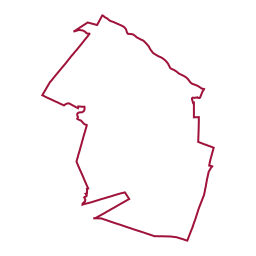 outline of Galbinasi, Buzau, Romania
{"feature_id": "2599482B63916266325360", "entity_name": "Galbinasi", "entity_type": "district", "adm_level": 2, "iso_a3": "ROU", "parent_name": "Romania", "parent_adm1": "Buzau", "projection": "equal_earth", "projection_center": [26.944, 45.056], "detail": "fine", "context": "isolated", "style": "outline", "palette": "rose", "viewbox_px": 256, "rotation_deg": 0, "n_neighbors": 0, "source": "geoboundaries", "source_scale": "gbopen_adm2", "svg_char_len": 4778}
<svg xmlns="http://www.w3.org/2000/svg" viewBox="0 0 256 256"><path d="M203.9,195.5L203.9,195.4L204.0,195.1L204.1,194.7L204.3,193.5L204.4,193.2L204.6,192.2L204.8,191.1L204.9,190.8L205.0,190.4L205.1,189.8L205.1,189.6L205.1,189.4L205.2,189.2L205.2,188.8L205.4,188.2L205.9,185.8L206.1,184.1L206.2,183.9L206.5,182.1L206.6,181.8L206.9,179.7L207.2,178.4L207.5,177.3L207.7,176.3L208.0,175.0L208.0,174.7L208.3,173.6L208.6,172.0L211.2,167.4L211.7,166.9L212.3,166.5L212.3,166.3L209.2,165.6L209.7,162.9L210.5,159.3L213.7,147.7L213.4,147.6L210.0,146.3L207.2,145.3L203.9,144.1L198.2,141.9L198.5,133.6L198.7,126.9L198.8,122.2L198.8,117.1L197.8,117.2L193.9,117.3L193.9,102.7L193.1,103.0L192.0,99.2L192.0,98.3L192.6,97.7L193.3,97.7L194.0,97.9L194.6,97.9L195.5,97.6L196.1,97.7L197.3,97.3L197.7,97.7L198.0,97.9L198.7,97.8L199.6,98.0L200.2,97.2L201.0,95.3L201.5,94.0L202.0,92.8L202.2,92.2L202.7,91.3L203.1,90.7L203.5,90.1L203.9,89.3L204.0,89.0L201.8,88.6L199.8,87.2L197.6,85.8L193.4,84.2L192.3,83.9L190.4,82.4L188.1,79.3L187.3,78.5L185.6,77.0L183.9,76.0L178.8,73.5L176.7,71.7L173.9,69.9L171.7,69.0L170.3,68.1L169.7,67.0L168.0,63.6L166.4,61.6L164.7,59.9L162.3,58.1L160.9,57.3L158.3,56.2L154.6,54.0L152.8,52.7L150.3,49.3L148.7,46.3L146.6,43.9L143.9,41.1L142.6,40.2L141.0,39.6L138.6,38.3L137.0,37.5L134.1,35.1L132.7,34.3L131.4,34.1L128.7,33.9L127.7,33.7L126.8,32.0L126.2,29.9L125.8,29.0L124.2,27.1L122.2,25.9L119.8,24.8L115.9,23.1L113.2,21.9L110.0,20.8L108.7,19.8L107.3,18.5L104.8,17.2L103.5,16.0L102.3,15.4L97.1,25.0L87.7,22.5L73.5,31.7L74.9,31.2L75.3,31.1L75.8,30.9L76.2,30.8L78.2,30.2L79.6,30.0L80.3,30.1L80.8,30.2L81.5,30.3L82.2,30.4L83.0,30.6L83.4,30.7L83.6,30.8L83.9,31.0L84.1,31.2L84.2,31.3L84.8,31.6L85.2,31.8L85.4,31.9L85.6,32.1L85.9,32.6L86.1,32.9L86.3,33.0L86.7,33.2L87.1,33.4L87.4,33.5L87.7,33.5L88.1,33.6L88.3,33.7L88.6,33.8L88.8,33.7L89.3,33.5L89.7,33.4L90.0,33.1L87.3,36.7L86.2,38.1L84.9,39.6L83.6,41.3L83.3,41.7L82.8,42.3L82.5,42.7L79.3,46.7L77.8,48.5L76.9,49.6L76.4,50.2L74.7,52.1L73.4,53.8L72.0,55.4L71.7,55.6L69.6,58.3L68.5,59.7L67.4,61.1L66.4,62.4L65.1,64.0L62.8,66.7L58.3,72.1L56.1,74.8L55.8,75.1L52.4,79.3L50.7,81.5L50.1,81.9L49.0,83.8L48.0,85.5L42.3,95.2L44.5,96.3L45.7,97.0L47.3,97.7L49.7,98.8L50.4,99.1L50.6,99.2L53.2,100.4L54.6,101.1L56.2,101.8L57.4,102.3L60.0,103.6L64.0,105.4L65.3,104.4L65.9,104.0L67.5,103.5L67.9,103.4L68.2,103.4L68.6,103.3L69.2,103.5L69.5,103.6L70.6,104.2L76.8,107.6L77.0,107.6L78.0,108.1L78.3,106.4L83.0,106.8L84.4,106.7L84.6,107.9L84.5,109.2L84.2,110.4L83.9,111.0L83.5,111.4L82.8,111.8L81.9,112.3L79.6,112.4L79.0,112.5L78.7,112.6L77.8,113.1L77.5,113.5L77.4,113.7L77.2,114.1L77.2,114.6L77.4,115.7L77.8,116.8L78.0,117.2L77.2,118.8L78.0,119.3L79.2,119.9L80.7,120.4L82.1,121.7L83.2,123.0L83.8,123.7L85.3,124.6L86.7,124.9L86.8,125.1L86.6,126.1L85.5,129.7L85.1,131.4L84.3,133.7L84.3,133.9L83.3,137.3L82.1,141.7L81.3,144.7L80.9,145.9L80.2,148.6L79.4,151.4L78.7,153.6L77.9,156.5L77.8,157.1L77.7,157.5L77.5,157.8L77.4,158.4L77.3,158.6L76.5,161.5L77.4,163.8L77.5,164.2L79.0,167.6L79.5,168.7L79.9,169.7L80.3,170.5L80.6,171.3L80.8,171.6L81.0,172.0L81.3,172.8L81.6,173.4L81.9,174.1L82.6,175.7L82.7,175.8L82.9,176.3L83.4,177.5L83.6,178.0L84.5,180.2L84.6,180.5L84.8,180.8L85.6,182.6L86.4,184.6L86.5,184.7L88.2,188.5L86.9,188.8L87.0,189.2L87.1,190.9L87.0,191.8L86.9,192.2L86.8,192.5L87.0,192.8L86.9,193.6L85.7,193.8L86.7,195.3L86.7,195.8L86.1,196.4L84.9,196.8L84.4,197.3L84.6,197.4L84.6,197.7L84.6,198.3L84.7,198.6L85.1,199.2L85.3,199.9L85.2,200.6L84.9,201.5L84.6,201.6L84.7,201.8L84.0,202.7L83.3,203.0L82.9,203.2L82.6,203.6L82.5,204.1L82.5,204.7L83.3,204.3L90.9,202.4L94.7,201.2L97.6,200.3L101.4,199.1L104.2,198.3L106.0,197.8L107.9,197.2L109.7,196.7L112.0,196.0L115.4,194.9L116.8,194.5L121.4,193.2L124.9,192.4L126.0,194.1L126.1,194.3L127.0,195.6L129.2,199.0L124.4,201.7L124.0,202.0L121.7,203.2L119.7,204.4L117.2,205.8L116.2,206.4L115.2,207.0L112.5,208.5L110.5,209.6L109.4,210.3L107.2,211.5L105.2,212.7L104.3,213.2L103.2,213.8L101.4,214.8L100.1,215.5L98.3,216.5L95.8,217.9L94.2,218.2L94.2,218.3L95.0,218.3L97.1,218.3L98.7,218.4L101.2,218.4L101.3,218.4L101.5,218.5L101.8,218.6L102.1,218.7L102.4,218.8L103.0,219.0L103.6,219.2L104.0,219.4L104.7,219.6L105.3,219.8L106.5,220.2L107.9,220.7L109.5,221.2L110.7,221.7L112.1,222.1L113.2,222.5L114.4,222.9L115.3,223.2L116.5,223.6L118.5,224.2L122.1,225.4L127.0,227.1L130.4,228.2L135.7,230.0L140.5,231.5L153.3,235.8L154.8,236.3L155.1,236.2L163.1,236.3L171.0,236.5L171.3,236.6L174.7,237.0L176.9,237.3L178.6,237.9L181.3,238.7L182.7,239.1L183.8,239.5L186.2,240.3L187.3,240.6L187.9,239.1L190.8,231.5L193.0,226.1L192.9,225.9L193.0,225.7L194.4,221.7L195.4,219.0L195.8,217.7L196.2,216.5L196.2,216.4L197.8,211.5L198.5,209.2L199.8,205.8L202.1,199.9L203.2,197.0L203.7,195.9L203.9,195.5Z" fill="none" stroke="#9f1239" stroke-width="2"/></svg>